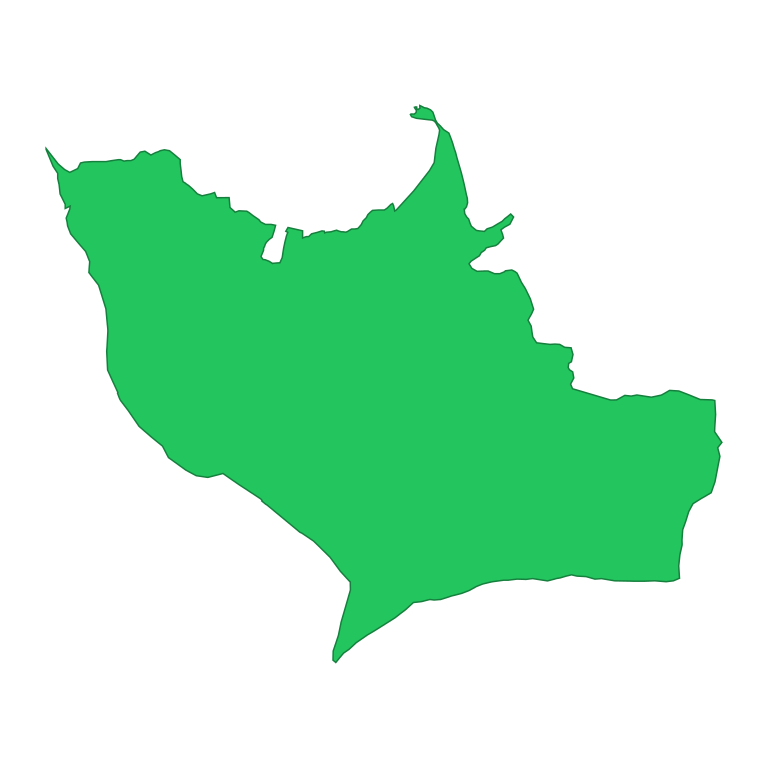 outline of Musoma Urban, Mara, United Republic of Tanzania
{"feature_id": "72390352B68648514157418", "entity_name": "Musoma Urban", "entity_type": "district", "adm_level": 2, "iso_a3": "TZA", "parent_name": "United Republic of Tanzania", "parent_adm1": "Mara", "projection": "mercator", "projection_center": [33.795, -1.521], "detail": "fine", "context": "isolated", "style": "filled", "palette": "green", "viewbox_px": 768, "rotation_deg": 0, "n_neighbors": 0, "source": "geoboundaries", "source_scale": "gbopen_adm2", "svg_char_len": 5707}
<svg xmlns="http://www.w3.org/2000/svg" viewBox="0 0 768 768"><path d="M721.9,442.4L714.6,431.7L714.8,426.7L715.6,414.5L714.8,400.5L712.1,399.9L700.2,399.5L689.5,395.1L678.9,391.0L669.6,390.4L667.7,391.5L663.9,393.7L661.3,395.1L651.4,397.2L636.9,395.0L631.2,396.1L624.8,395.4L616.6,399.9L613.4,400.0L610.5,400.0L572.7,388.8L572.5,388.7L570.6,384.1L573.8,378.0L572.7,371.9L569.5,369.8L568.2,367.6L568.7,363.4L571.4,361.8L573.0,354.5L572.3,352.1L571.1,347.8L564.7,347.3L559.7,344.4L554.9,344.1L550.1,344.4L544.8,343.8L536.6,342.8L532.8,337.0L532.0,332.1L531.8,330.6L531.2,326.1L528.0,320.2L529.9,316.7L531.5,314.0L533.6,309.2L531.2,301.6L530.4,299.0L525.4,288.7L521.4,282.3L517.1,273.2L515.0,271.6L511.8,270.0L505.4,270.8L504.4,271.8L499.8,273.7L494.5,273.7L488.1,271.0L484.2,271.0L483.6,271.1L477.0,271.3L471.9,268.4L469.0,263.8L469.1,263.7L470.9,261.4L471.7,260.8L475.6,258.2L475.9,258.0L479.4,255.8L481.2,252.6L484.7,250.2L486.2,247.9L486.3,247.8L490.3,246.7L495.6,245.6L498.0,244.0L500.9,240.8L503.5,238.1L502.7,234.8L502.5,234.1L500.9,229.8L504.6,227.1L509.9,224.2L513.6,217.0L510.7,214.0L507.8,216.4L504.9,218.6L502.2,221.3L497.7,223.9L492.4,227.1L487.1,228.8L484.4,231.4L479.4,230.9L476.4,230.4L474.3,228.7L471.4,226.3L470.1,223.4L468.7,219.1L466.6,216.9L464.7,213.5L464.6,212.2L464.2,209.1L465.0,208.9L466.5,206.7L467.6,202.8L467.3,198.2L466.4,194.8L465.2,189.1L464.3,184.9L462.8,178.6L461.3,172.7L456.9,157.6L455.5,152.1L454.2,148.5L452.9,143.9L451.3,139.3L448.9,133.1L443.6,129.6L440.2,125.8L437.4,123.2L435.5,120.0L434.4,116.6L432.9,112.2L430.6,109.9L427.0,108.2L424.5,107.8L422.1,106.6L419.8,105.5L419.8,106.7L420.0,108.1L418.1,109.5L416.8,108.9L416.7,107.0L415.6,106.9L414.4,107.3L415.1,108.6L416.4,110.5L416.1,112.5L414.3,114.1L411.0,114.0L410.4,114.5L411.6,116.7L416.4,118.3L426.4,119.5L432.1,120.1L434.5,121.2L436.1,123.3L437.0,125.0L438.9,128.2L439.6,130.3L439.0,134.5L435.9,148.3L434.2,162.6L429.5,170.6L413.8,190.8L396.3,210.0L394.7,211.0L394.3,208.9L393.6,205.7L392.6,203.5L390.8,204.5L387.2,208.1L384.4,210.0L378.7,210.0L372.5,210.4L370.2,212.3L367.8,214.7L366.4,217.6L363.1,220.9L361.2,224.7L357.9,228.5L354.9,229.0L351.6,229.0L349.9,230.0L347.7,231.4L345.9,232.2L343.0,231.8L341.4,231.8L338.5,231.0L336.7,230.2L334.3,230.8L331.0,231.8L326.5,232.2L324.7,232.9L324.3,231.2L322.0,230.9L317.2,232.4L311.6,233.8L308.7,236.6L306.4,236.6L304.1,237.4L302.6,238.0L302.6,230.8L288.0,227.5L285.8,231.3L287.8,232.3L286.4,236.1L285.0,241.7L283.6,248.3L282.2,257.6L279.9,262.8L276.3,263.0L274.4,263.2L272.9,263.3L272.6,263.5L269.2,261.3L265.1,259.7L263.0,259.5L261.2,256.9L261.0,256.5L263.5,250.5L263.7,247.9L264.5,246.6L265.3,244.2L266.4,242.3L269.2,239.4L272.1,237.3L274.2,230.7L275.6,225.3L271.0,224.4L265.4,224.4L260.7,222.0L258.9,219.7L252.8,215.5L249.1,212.6L246.8,211.2L238.9,210.8L235.1,212.2L234.1,211.2L230.0,207.5L229.5,201.9L229.1,197.6L220.7,197.7L216.5,197.7L216.4,197.3L214.6,192.5L210.5,193.9L202.1,195.8L197.4,193.9L197.0,193.5L192.8,189.2L188.6,185.5L185.6,183.5L185.6,183.3L183.0,181.7L181.7,176.5L181.2,171.8L180.2,163.4L180.2,159.6L174.2,154.5L169.5,150.7L164.4,149.8L160.2,150.7L158.4,151.7L155.6,152.6L150.9,155.0L144.9,151.2L140.2,152.1L136.5,156.4L134.2,159.2L130.9,160.6L127.2,160.6L123.9,161.1L121.6,160.1L120.6,159.7L118.3,159.7L111.3,160.7L106.1,161.6L99.2,161.6L92.2,161.6L84.3,162.1L80.5,163.0L77.7,168.6L69.8,172.4L64.7,169.6L58.2,164.0L46.1,148.5L46.1,149.4L53.1,166.3L57.7,173.3L57.7,178.5L59.1,184.6L60.1,194.0L62.9,199.6L65.2,204.3L65.2,208.5L68.1,207.1L70.2,206.1L69.8,209.0L69.3,210.3L68.4,212.6L66.2,218.1L67.1,222.1L67.6,225.9L70.7,233.9L79.2,244.0L85.6,251.4L86.6,253.8L86.8,254.2L87.1,255.0L87.5,256.0L87.8,256.9L89.7,261.6L89.1,269.2L89.1,269.8L88.9,272.6L89.8,273.7L91.5,276.0L98.6,285.2L101.9,295.8L105.9,308.8L107.3,323.8L107.3,324.2L107.5,325.7L107.8,329.1L107.9,330.9L107.4,340.1L107.0,347.4L106.7,351.2L107.6,370.0L112.9,381.7L117.9,392.5L117.5,393.1L119.1,397.4L119.5,398.3L119.7,398.9L120.8,400.8L128.2,410.5L139.1,426.4L151.1,436.8L154.4,439.5L162.5,446.1L168.5,457.6L186.0,470.2L195.7,475.4L196.1,475.6L196.3,475.7L207.8,477.4L216.4,475.2L223.0,473.5L232.0,479.8L238.8,484.5L260.6,498.8L261.1,499.3L262.1,500.5L261.8,501.0L264.2,503.0L264.5,503.2L265.5,504.1L266.9,504.9L300.0,532.3L301.3,532.9L301.5,532.9L313.5,541.0L319.4,546.7L319.8,547.1L320.0,547.3L322.2,549.5L330.1,557.3L332.4,560.4L340.4,571.3L350.1,581.9L350.2,582.0L350.3,582.0L350.3,582.6L350.3,584.9L350.4,588.0L350.4,590.1L344.6,610.2L341.0,622.6L340.9,623.4L338.6,634.5L338.5,635.1L336.2,642.1L333.2,651.0L333.0,660.2L335.5,662.2L335.8,662.5L338.9,658.7L339.7,657.7L343.6,653.1L348.8,649.5L348.9,649.4L349.1,649.3L356.2,642.7L367.3,635.0L369.0,634.0L374.1,631.0L395.0,617.8L399.6,614.2L405.3,609.9L406.0,609.3L413.4,602.5L419.9,601.8L422.0,601.5L425.4,600.6L429.8,599.5L431.7,599.7L434.1,600.0L440.2,599.5L440.6,599.5L447.9,597.2L451.7,595.9L454.7,595.2L461.6,593.4L467.7,591.1L469.6,590.3L476.4,586.5L481.7,584.4L482.7,584.0L491.0,582.0L492.6,581.7L503.7,580.2L508.0,580.2L517.0,579.1L524.0,579.3L525.9,579.4L529.9,578.9L532.7,578.6L547.5,580.9L554.1,579.2L556.1,578.6L557.1,578.4L560.1,577.9L566.2,576.1L569.2,575.4L571.5,574.8L573.5,575.3L577.0,576.1L586.1,576.6L594.9,579.1L601.5,578.6L614.6,580.8L631.1,581.1L633.9,581.2L643.9,581.2L654.7,580.8L666.1,581.7L673.5,580.8L679.1,578.4L679.5,578.3L678.8,567.2L678.7,566.1L679.9,554.7L682.1,545.0L682.1,543.7L682.0,540.8L682.0,539.7L682.7,529.7L685.7,521.4L688.4,512.7L688.6,512.0L688.7,511.7L692.5,504.6L693.0,503.7L701.9,498.1L702.4,497.9L711.2,492.7L713.5,486.0L715.0,481.8L715.0,481.7L717.6,468.2L717.9,466.6L719.6,458.0L719.9,456.4L719.3,453.9L717.7,447.7L721.9,442.4Z" fill="#22c55e" stroke="#15803d" stroke-width="1.5"/></svg>